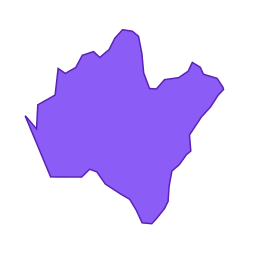 Arboga, Västmanland, Sweden (Equal Earth projection), rotated 82°
{"feature_id": "70781695B70233385943782", "entity_name": "Arboga", "entity_type": "district", "adm_level": 2, "iso_a3": "SWE", "parent_name": "Sweden", "parent_adm1": "Västmanland", "projection": "equal_earth", "projection_center": [15.804, 59.383], "detail": "fine", "context": "isolated", "style": "filled", "palette": "violet", "viewbox_px": 256, "rotation_deg": 82, "n_neighbors": 0, "source": "geoboundaries", "source_scale": "gbopen_adm2", "svg_char_len": 785}
<svg xmlns="http://www.w3.org/2000/svg" viewBox="0 0 256 256"><g transform="rotate(82 128 128)"><path d="M225.5,120.3L226.1,117.8L221.7,112.4L212.8,103.0L206.2,98.5L191.4,95.4L176.7,90.5L171.5,82.4L162.6,73.9L159.5,69.0L143.5,68.1L127.3,53.8L118.4,43.1L108.1,34.2L103.1,28.0L100.9,28.3L91.2,32.9L85.3,45.8L77.9,48.0L72.0,55.2L80.1,60.5L85.2,70.8L85.2,85.1L93.3,94.5L91.9,101.2L75.6,104.8L56.4,103.9L38.7,104.8L32.8,110.2L29.9,119.6L30.2,120.0L37.2,128.5L47.6,135.7L54.2,146.1L47.5,151.5L49.7,163.2L60.8,171.3L65.2,182.5L59.3,188.9L85.2,195.6L92.5,214.1L116.2,218.7L102.1,227.7L102.3,228.0L165.7,211.4L165.9,210.0L170.1,180.7L163.5,171.7L167.1,165.0L180.4,158.2L192.2,144.7L198.9,136.2L210.7,131.2L223.9,127.2L225.5,120.3Z" fill="#8b5cf6" stroke="#5b21b6" stroke-width="1.5"/></g></svg>